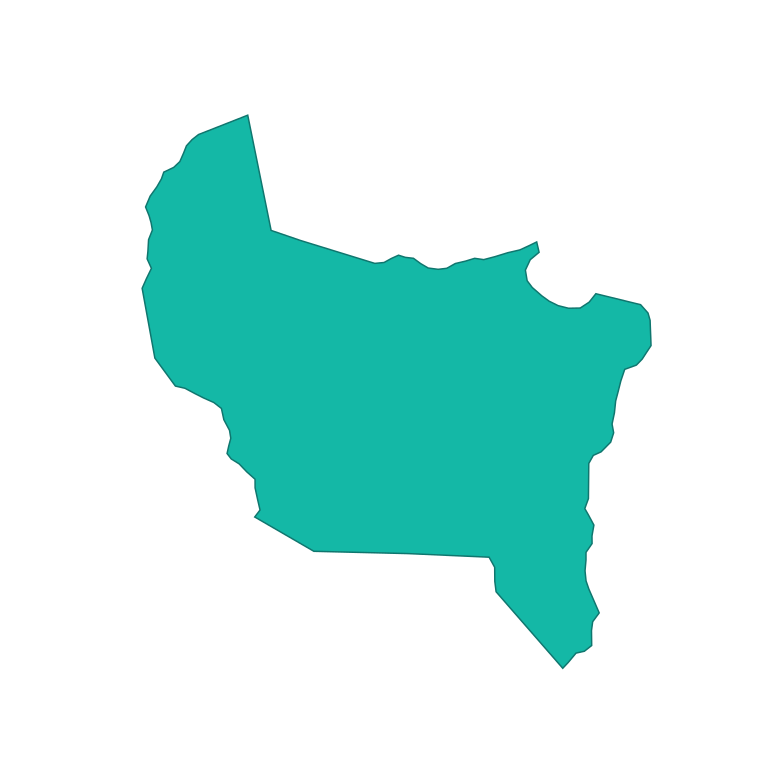 Aparecida, Paraíba, Brazil (orthographic projection), rotated 290°
{"feature_id": "56859067B78543699669517", "entity_name": "Aparecida", "entity_type": "district", "adm_level": 2, "iso_a3": "BRA", "parent_name": "Brazil", "parent_adm1": "Paraíba", "projection": "orthographic", "projection_center": [-38.057, -6.786], "detail": "fine", "context": "isolated", "style": "filled", "palette": "teal", "viewbox_px": 768, "rotation_deg": 290, "n_neighbors": 0, "source": "geoboundaries", "source_scale": "gbopen_adm2", "svg_char_len": 1646}
<svg xmlns="http://www.w3.org/2000/svg" viewBox="0 0 768 768"><g transform="rotate(290 384 384)"><path d="M507.8,104.6L500.6,104.7L491.5,103.1L480.6,100.0L468.8,99.4L461.8,105.7L456.0,109.9L449.5,113.7L439.1,113.4L427.8,116.8L420.6,118.6L413.1,125.9L401.6,124.7L391.2,124.0L343.2,152.1L330.0,159.8L310.7,188.7L311.9,198.4L310.3,209.8L309.2,219.0L308.4,230.4L305.4,239.6L295.7,245.7L287.6,254.7L280.6,258.6L272.6,259.3L265.0,260.3L261.3,266.1L259.4,275.2L254.5,285.1L250.4,295.4L242.3,298.4L232.6,304.5L223.2,310.6L214.8,308.0L202.8,375.3L232.7,464.1L257.2,542.0L249.6,550.7L236.5,555.6L227.1,560.4L178.0,649.2L185.2,652.3L196.8,656.5L201.4,663.7L209.3,668.6L223.3,663.3L232.0,661.4L242.5,664.5L251.5,656.0L261.4,646.6L268.1,641.2L277.2,636.8L287.7,634.0L294.9,631.4L305.2,634.1L312.4,631.4L323.2,629.5L330.7,621.1L335.6,615.3L346.2,615.3L358.7,610.9L379.4,603.6L388.5,605.1L394.5,611.2L406.9,616.9L416.7,616.5L424.4,612.0L435.7,610.4L447.3,607.5L457.2,606.6L467.8,605.5L480.1,605.2L488.1,614.7L495.7,618.1L503.5,619.9L511.4,621.8L518.6,618.9L526.9,615.5L534.8,612.3L541.0,607.8L546.3,598.0L541.3,552.2L531.1,548.8L522.5,542.4L518.3,531.5L517.2,520.8L518.3,510.9L520.8,502.2L525.4,490.3L530.0,483.2L539.4,477.9L550.8,478.9L560.8,484.7L569.7,478.9L563.2,472.6L556.4,465.7L549.7,455.4L541.6,444.7L535.0,435.2L533.1,426.2L527.3,418.5L521.6,409.8L514.2,403.4L510.3,395.7L508.1,385.8L509.7,377.2L512.2,368.7L510.3,360.7L510.0,353.6L504.4,347.9L498.2,342.5L494.2,334.1L490.3,256.2L489.7,225.4L590.0,164.0L555.0,124.4L548.1,120.1L540.3,116.9L532.7,116.7L523.2,116.1L515.6,112.3L507.8,104.6Z" fill="#14b8a6" stroke="#0f766e" stroke-width="1.5"/></g></svg>